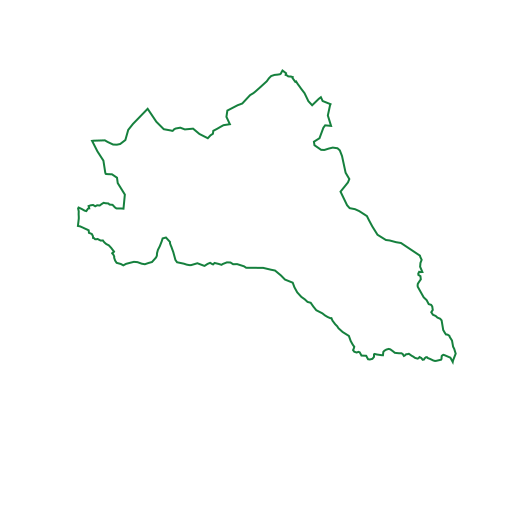 outline of Bakori, Katsina, Nigeria, rotated 155°
{"feature_id": "59680162B75348496545912", "entity_name": "Bakori", "entity_type": "district", "adm_level": 2, "iso_a3": "NGA", "parent_name": "Nigeria", "parent_adm1": "Katsina", "projection": "natural_earth1", "projection_center": [7.44, 11.676], "detail": "fine", "context": "isolated", "style": "outline", "palette": "green", "viewbox_px": 512, "rotation_deg": 155, "n_neighbors": 0, "source": "geoboundaries", "source_scale": "gbopen_adm2", "svg_char_len": 4513}
<svg xmlns="http://www.w3.org/2000/svg" viewBox="0 0 512 512"><g transform="rotate(155 256 256)"><path d="M292.0,435.2L311.7,427.7L318.5,424.3L325.4,416.3L331.8,414.9L335.1,415.7L338.4,417.4L342.3,422.1L344.1,424.7L354.4,429.1L355.9,429.6L355.5,417.8L354.0,406.9L357.4,395.2L357.5,394.1L357.3,393.7L355.3,392.6L352.0,390.9L348.9,385.7L350.5,380.5L348.9,367.1L356.1,354.9L358.0,356.0L362.4,358.1L363.3,359.6L364.4,363.0L367.0,364.5L367.6,366.0L370.2,367.5L371.6,368.6L374.1,368.3L376.3,367.8L378.5,369.1L380.7,369.0L382.1,371.1L384.4,371.8L386.6,372.0L386.8,370.5L387.0,369.7L387.7,370.0L388.5,369.8L390.8,368.4L392.2,369.6L394.1,372.3L396.3,374.9L397.1,374.3L397.8,371.4L399.1,368.8L399.9,366.8L400.7,365.0L401.3,364.0L404.7,358.5L402.8,357.1L396.8,350.0L397.6,347.6L396.9,346.9L395.5,345.3L395.4,343.0L396.0,341.2L395.4,340.9L394.8,339.3L393.8,338.7L392.4,338.4L391.4,337.1L390.2,335.6L388.2,334.8L387.9,333.2L387.5,332.0L386.7,330.2L385.8,329.0L384.9,327.9L383.8,324.5L383.4,322.5L382.8,320.0L383.5,319.6L384.7,319.6L385.2,319.2L384.7,317.7L384.7,315.5L385.3,314.3L385.6,311.4L385.2,308.7L381.9,305.9L380.2,303.6L377.1,303.8L372.7,303.0L369.1,302.3L366.0,300.5L362.8,297.3L360.2,295.5L356.4,295.1L352.8,294.5L347.2,296.9L345.7,298.2L344.5,300.4L342.3,303.0L339.1,305.5L335.3,309.1L333.2,311.4L329.8,310.8L328.0,305.0L328.5,304.1L328.6,303.6L328.8,301.5L328.8,300.3L329.1,297.1L329.3,294.6L330.7,286.5L330.2,283.7L324.6,279.5L322.5,277.5L320.1,275.8L318.8,275.2L312.2,274.2L307.4,269.3L306.8,268.8L303.2,269.3L300.5,269.2L298.9,266.9L298.4,266.5L296.5,267.2L293.2,264.6L291.0,262.6L289.4,262.8L285.0,262.5L281.9,260.9L280.2,258.2L276.5,256.6L271.2,251.7L269.9,249.5L254.5,242.2L252.1,240.3L248.3,237.3L244.9,234.8L241.6,227.8L239.7,222.4L234.0,216.3L234.4,211.3L234.0,205.6L232.2,199.8L230.1,196.1L228.7,192.6L226.2,190.5L225.4,185.9L224.3,181.4L220.1,176.0L218.6,173.0L216.9,170.5L214.9,168.2L213.9,167.8L214.0,165.1L213.1,160.8L212.1,158.0L211.8,155.7L209.6,150.5L205.6,144.3L206.1,138.9L205.8,134.8L205.3,132.2L206.6,130.7L207.8,129.7L207.4,127.7L205.6,126.0L203.6,125.8L202.7,124.8L202.5,121.2L198.3,119.0L198.1,115.1L196.6,114.1L194.0,113.6L191.7,114.7L190.6,117.0L189.9,117.1L188.0,115.6L184.2,113.1L182.9,112.4L181.1,115.3L179.6,115.9L177.4,116.1L175.0,115.7L173.7,114.6L172.0,111.5L171.1,109.6L169.5,108.6L167.3,107.3L165.3,106.4L164.5,105.2L164.2,102.9L162.8,103.0L161.5,103.5L159.8,102.9L158.8,102.8L157.1,99.8L156.1,98.5L154.9,96.4L152.9,94.7L151.8,94.7L150.5,95.3L149.3,93.7L148.8,91.5L147.5,91.2L146.4,92.0L144.6,92.4L143.8,92.0L143.5,91.0L141.6,89.0L139.5,86.4L138.1,85.2L136.9,84.8L132.1,83.8L131.3,84.4L130.6,85.8L129.9,86.9L128.9,87.2L128.0,87.3L127.0,86.4L125.3,84.5L122.8,81.7L122.5,76.8L122.0,77.5L121.2,78.4L116.3,83.1L115.6,88.1L115.7,90.5L114.1,96.5L114.6,100.5L114.5,102.0L115.5,103.6L115.8,103.9L117.0,104.6L117.3,106.4L117.6,109.8L115.0,119.2L115.6,121.3L117.6,123.5L118.5,125.7L120.5,128.0L120.9,131.0L118.6,132.4L117.6,135.8L117.9,137.7L119.8,139.4L120.0,143.9L121.5,147.7L121.9,153.0L122.4,159.8L121.9,161.2L121.0,162.5L118.9,163.8L116.5,165.2L115.8,167.3L115.5,168.2L116.3,169.5L116.8,170.1L116.5,171.3L115.5,172.2L114.8,172.7L114.2,172.1L112.0,171.2L111.8,176.9L109.9,180.2L107.5,182.5L107.5,185.6L107.3,187.1L119.1,206.5L123.2,209.3L128.3,213.6L131.5,215.6L136.9,223.9L138.1,233.6L138.5,240.8L138.6,245.3L143.5,253.1L146.5,256.6L150.9,259.8L152.0,263.5L152.2,278.6L141.6,283.8L138.9,286.3L139.6,293.6L135.8,310.2L135.4,316.3L136.6,319.2L140.6,321.8L144.6,322.6L149.2,323.2L152.1,324.7L156.2,331.7L155.2,335.1L148.7,335.9L140.7,343.8L138.1,345.2L133.0,342.2L131.5,353.0L125.3,361.2L124.3,362.1L128.7,366.8L130.1,368.3L130.1,372.5L132.7,371.9L137.6,370.2L141.4,368.9L143.1,374.2L143.2,383.1L144.4,388.5L145.0,391.8L145.5,394.2L145.9,397.3L146.8,397.2L147.7,401.9L147.1,402.6L148.4,403.8L148.6,404.0L148.9,404.0L150.4,404.9L150.9,405.2L151.6,406.6L152.6,407.6L151.5,408.9L153.6,412.9L155.3,411.7L156.4,410.8L157.5,410.6L159.9,411.3L162.7,412.3L166.2,412.7L169.2,411.6L172.4,409.8L179.1,407.7L183.4,406.4L187.1,405.3L189.5,404.7L193.4,404.3L204.0,400.0L204.9,400.1L206.6,400.2L208.8,400.4L220.5,399.9L224.0,394.6L224.0,386.5L230.2,388.3L233.0,388.1L237.5,387.7L241.8,387.5L243.4,385.0L246.2,384.6L249.9,383.1L255.7,390.5L259.2,398.0L267.0,400.8L270.4,404.3L275.0,405.5L276.8,405.4L277.4,405.1L277.6,405.0L278.1,404.8L278.4,404.7L278.7,404.7L279.1,404.8L279.3,405.0L279.7,405.4L280.5,406.0L286.0,409.9L289.6,419.8L292.0,435.2Z" fill="none" stroke="#15803d" stroke-width="2"/></g></svg>